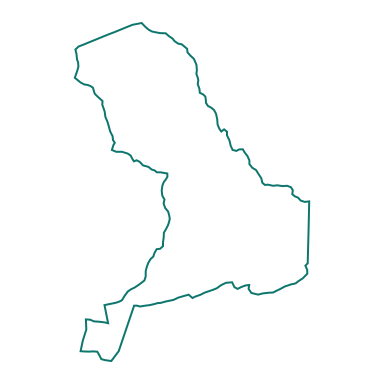 Senador Sá, Ceará, Brazil (Mercator projection)
{"feature_id": "56859067B49551412752455", "entity_name": "Senador Sá", "entity_type": "district", "adm_level": 2, "iso_a3": "BRA", "parent_name": "Brazil", "parent_adm1": "Ceará", "projection": "mercator", "projection_center": [-40.474, -3.28], "detail": "fine", "context": "isolated", "style": "outline", "palette": "teal", "viewbox_px": 384, "rotation_deg": 0, "n_neighbors": 0, "source": "geoboundaries", "source_scale": "gbopen_adm2", "svg_char_len": 2757}
<svg xmlns="http://www.w3.org/2000/svg" viewBox="0 0 384 384"><path d="M75.4,49.5L76.5,54.0L77.0,59.4L78.1,62.2L78.4,66.8L77.2,71.0L74.8,77.8L77.9,80.3L80.6,82.5L84.1,84.4L87.8,85.0L90.6,86.1L92.9,87.7L93.9,90.9L94.7,93.7L97.6,96.6L102.5,101.0L102.3,104.9L103.4,107.8L104.7,111.7L105.4,117.0L107.4,121.6L108.8,126.3L110.2,131.5L112.6,136.2L113.0,140.1L114.8,142.8L113.3,145.3L111.9,150.0L116.3,151.8L122.0,151.8L127.8,153.6L130.7,155.6L132.2,158.6L133.9,161.3L136.6,160.3L139.7,161.8L143.0,165.4L148.5,166.9L151.6,169.5L154.5,170.4L156.9,172.3L160.4,172.3L163.3,172.8L167.3,173.5L167.4,176.7L166.0,179.2L163.9,181.9L162.4,185.5L161.7,190.4L162.3,195.7L164.5,199.5L163.6,203.6L165.3,208.2L168.1,211.5L169.1,215.0L169.8,218.7L169.0,222.2L168.0,225.2L166.0,229.1L163.9,232.7L163.7,237.6L163.0,242.2L163.0,246.1L160.1,248.8L156.6,249.2L154.4,253.1L153.3,256.6L150.6,259.0L148.3,262.9L146.8,266.8L145.7,271.2L145.7,276.4L144.4,280.5L138.9,284.7L134.7,287.5L131.0,289.3L127.9,291.4L124.5,296.0L122.0,300.2L119.1,301.7L115.7,302.8L104.5,305.1L108.1,323.2L104.7,322.4L100.8,321.9L97.7,321.6L94.0,321.4L90.2,319.7L85.9,319.4L86.3,329.6L82.8,340.6L80.6,351.2L84.8,351.5L89.0,351.6L93.5,351.4L97.3,351.7L99.7,355.9L101.3,359.1L104.5,360.0L107.5,360.5L111.3,361.0L118.7,351.2L134.1,305.7L137.2,305.7L140.0,306.5L145.0,305.7L149.7,305.1L153.8,304.2L157.7,303.1L160.7,302.9L165.7,301.5L173.5,299.9L178.1,297.7L182.8,296.3L188.6,294.7L192.5,298.0L195.2,296.6L200.2,294.9L204.5,292.7L208.3,291.4L213.0,289.8L216.9,288.2L221.0,285.2L226.0,282.8L232.1,282.3L234.5,287.2L237.6,288.9L240.9,287.2L245.3,285.5L249.2,285.0L248.6,288.9L251.3,292.9L254.7,293.8L258.2,294.6L262.9,293.4L269.2,292.7L273.2,292.5L276.4,290.8L280.6,288.8L285.0,286.4L291.4,284.3L295.6,283.4L298.8,280.9L302.7,278.4L307.3,273.7L307.2,269.9L305.4,265.7L307.7,263.3L308.6,228.7L309.2,201.4L304.7,201.9L300.6,200.5L298.1,197.7L294.8,196.3L292.3,194.2L292.8,190.1L290.9,187.2L287.2,185.8L282.5,186.1L277.2,185.3L273.1,185.8L268.1,184.7L264.8,184.9L262.3,182.7L261.3,178.3L258.3,173.7L256.1,170.1L252.2,167.7L249.4,164.1L249.4,160.4L247.4,156.0L244.7,152.5L242.8,149.3L239.2,149.4L236.4,150.9L232.6,149.9L230.7,145.8L229.5,140.6L227.0,135.4L227.0,131.7L224.1,129.4L221.3,131.5L219.3,128.7L217.6,124.6L217.2,119.1L216.0,113.7L214.0,110.0L211.4,107.8L208.0,106.0L206.0,102.9L205.8,99.7L205.3,96.5L203.1,94.4L199.8,92.8L199.4,88.7L197.7,84.1L198.3,80.2L197.6,77.2L196.4,73.9L196.9,70.0L196.4,64.7L193.9,58.9L190.6,55.8L187.5,52.4L187.1,48.8L184.6,46.7L181.7,44.3L178.1,43.6L174.5,41.1L172.6,38.6L169.0,36.2L165.7,33.3L159.9,33.1L155.7,32.3L152.0,31.5L148.8,29.8L145.6,27.1L141.6,23.0L132.5,24.8L128.2,26.5L114.8,32.0L108.2,34.5L83.5,44.6L78.6,46.5L75.4,49.5Z" fill="none" stroke="#0f766e" stroke-width="2"/></svg>